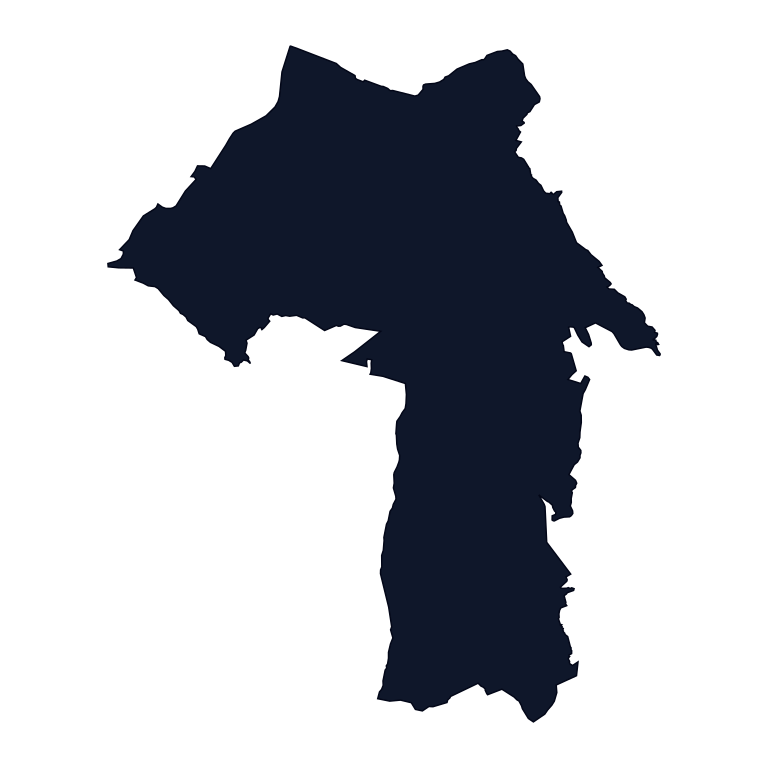 Moraresti, Arges, Romania
{"feature_id": "2599482B44470613349650", "entity_name": "Moraresti", "entity_type": "district", "adm_level": 2, "iso_a3": "ROU", "parent_name": "Romania", "parent_adm1": "Arges", "projection": "equal_earth", "projection_center": [24.544, 44.995], "detail": "fine", "context": "isolated", "style": "filled", "palette": "ink", "viewbox_px": 768, "rotation_deg": 0, "n_neighbors": 0, "source": "geoboundaries", "source_scale": "gbopen_adm2", "svg_char_len": 6068}
<svg xmlns="http://www.w3.org/2000/svg" viewBox="0 0 768 768"><path d="M578.0,661.9L572.6,665.5L570.0,663.9L569.4,662.7L569.6,661.4L568.4,659.2L568.4,658.0L569.6,656.5L568.8,656.0L568.9,655.1L571.6,653.6L571.7,650.7L570.9,649.4L571.1,647.9L570.3,646.7L567.7,636.6L564.8,634.3L564.8,633.3L563.3,631.9L563.4,631.0L562.7,630.3L563.3,628.6L561.8,627.5L562.1,626.6L560.7,625.5L561.7,624.8L560.2,624.2L558.4,618.7L559.1,617.5L558.9,613.9L559.6,610.3L560.8,607.9L566.7,605.6L565.5,603.8L565.9,602.4L564.2,596.0L564.5,595.4L566.4,594.0L567.3,592.7L573.6,590.4L574.1,588.7L571.7,587.8L570.2,588.5L568.2,587.6L567.1,588.2L562.1,588.4L560.7,587.8L560.4,587.1L566.8,581.2L567.2,579.8L566.0,576.9L570.7,574.1L546.7,542.3L545.0,506.6L544.2,504.3L538.7,494.8L547.5,501.5L548.7,501.9L552.4,505.2L552.8,507.5L554.5,510.9L555.9,512.2L555.6,514.4L552.2,515.8L552.1,520.0L553.3,520.8L554.4,520.9L559.4,518.3L564.0,517.1L569.6,516.8L571.3,515.6L572.8,513.5L572.6,510.9L570.3,506.0L571.3,502.4L571.2,498.5L572.3,492.7L571.5,491.1L572.2,489.8L575.3,487.6L575.6,486.8L575.3,486.0L576.7,483.2L575.5,480.3L568.9,474.6L574.2,464.7L577.5,462.0L580.0,457.8L580.0,455.3L580.9,452.9L580.8,450.4L578.3,447.1L578.0,443.1L579.8,437.7L580.0,432.0L581.3,422.5L581.2,415.2L579.9,411.0L583.1,393.6L585.3,389.7L589.6,379.5L587.9,377.3L584.9,376.0L580.7,383.5L567.9,379.5L572.0,374.6L576.2,370.8L571.3,353.8L570.6,353.0L564.1,351.7L563.3,345.3L562.7,344.7L562.1,341.8L570.6,336.3L568.6,327.3L570.1,326.8L573.3,327.1L574.3,327.7L577.8,335.1L582.0,341.9L589.0,346.7L591.3,344.8L591.2,343.0L588.6,334.6L585.2,327.7L595.5,322.9L612.1,331.6L613.9,333.6L620.4,344.7L621.8,346.5L624.4,348.4L628.8,349.8L631.7,350.0L646.1,347.1L648.3,347.3L650.8,348.0L652.3,349.0L656.7,355.0L659.5,355.5L660.1,354.8L660.1,353.8L657.5,350.2L655.7,344.3L656.3,343.3L657.5,344.6L658.6,344.4L657.7,342.7L656.2,342.0L655.8,340.2L653.2,339.9L653.2,339.2L654.3,338.9L656.8,336.4L657.5,334.3L657.4,333.2L654.6,332.4L655.0,330.3L652.1,327.0L647.7,326.2L644.4,322.7L645.1,318.0L643.9,314.7L642.0,311.7L637.6,308.0L634.2,306.6L632.0,304.7L630.8,304.5L629.2,303.2L627.2,303.0L625.6,300.7L626.2,299.2L624.8,296.8L617.9,292.9L614.3,289.3L609.0,289.0L607.0,287.0L609.6,285.6L611.1,283.9L610.3,282.5L604.7,277.8L604.2,275.7L602.5,273.2L602.2,271.4L597.9,267.4L602.0,265.4L599.1,261.4L591.0,254.7L587.8,250.5L585.7,249.6L576.5,242.7L572.3,232.1L566.6,222.3L566.2,219.9L564.7,215.8L563.2,213.4L561.0,206.0L559.7,205.0L559.4,202.0L558.2,201.7L557.8,197.7L561.7,192.4L561.6,191.2L556.7,191.7L553.4,194.4L551.7,193.5L552.0,193.1L551.1,192.3L549.8,193.7L545.7,193.2L543.6,190.9L540.9,185.3L538.5,183.4L536.1,180.1L533.0,178.3L531.3,176.2L531.5,175.0L530.8,174.8L529.8,168.6L528.8,167.8L528.1,166.2L527.2,165.8L527.3,165.1L523.7,159.3L521.5,157.9L518.3,157.3L514.6,151.8L516.1,150.5L516.4,148.4L521.3,141.9L515.9,140.4L520.5,132.0L518.8,130.5L518.4,129.2L516.8,127.2L516.6,126.0L520.9,125.5L524.2,123.1L524.1,122.4L522.1,121.1L523.0,118.2L526.9,114.4L527.3,112.9L529.9,111.6L534.4,104.6L539.3,101.9L540.0,98.8L539.6,96.6L531.1,84.4L528.0,81.8L525.8,78.9L524.6,75.9L522.8,64.0L517.9,59.0L515.6,55.7L513.0,54.2L512.2,54.5L512.2,53.5L510.1,51.1L507.3,49.8L501.9,51.1L497.3,51.5L487.0,55.4L484.5,59.1L483.6,59.7L481.7,59.7L475.2,62.5L469.2,63.9L457.0,69.1L448.7,75.8L445.1,77.1L443.8,79.4L439.6,82.0L434.8,83.4L425.6,84.1L423.6,84.9L423.0,86.2L423.0,89.4L418.2,95.1L414.9,96.1L392.7,90.5L390.7,90.7L389.7,90.3L387.8,88.5L383.3,86.5L381.2,86.3L364.7,80.2L363.2,81.8L357.1,79.5L355.5,78.4L355.0,75.6L340.6,67.4L336.3,63.5L297.8,48.7L290.6,46.1L290.1,46.3L282.0,71.9L279.5,96.5L278.1,101.5L275.0,107.0L266.1,115.8L251.2,124.2L235.1,131.2L233.1,133.2L229.5,138.7L225.8,145.2L210.7,168.6L204.7,166.0L197.5,165.9L194.9,171.4L191.1,176.6L194.2,176.9L196.1,179.4L185.4,191.0L176.1,205.9L173.0,207.8L170.7,208.4L165.8,208.4L162.4,207.2L157.9,204.0L156.4,207.3L154.8,208.8L143.4,215.9L133.0,230.6L129.2,239.6L119.6,249.7L123.4,251.0L123.3,254.2L121.0,258.6L116.8,261.0L107.9,263.5L108.2,266.8L118.7,267.8L133.3,268.0L136.5,277.6L135.0,280.0L143.2,283.1L148.2,285.8L155.0,286.6L158.2,288.6L163.9,295.5L168.5,299.5L173.4,305.7L179.0,310.6L180.5,313.3L183.1,314.5L186.0,317.0L187.8,320.5L196.2,326.6L197.7,329.1L199.2,333.8L205.5,336.6L207.2,339.5L210.4,342.3L219.0,346.4L225.5,351.3L225.8,355.5L224.8,357.7L225.0,359.3L228.7,360.3L232.1,362.4L234.4,366.3L238.3,365.9L239.5,362.9L241.3,362.2L243.5,360.0L247.4,360.9L250.4,363.5L249.5,361.3L248.7,360.6L248.3,359.5L248.7,358.0L248.1,356.6L245.1,353.3L244.9,352.3L245.7,350.3L247.0,343.2L246.0,340.2L254.1,335.0L257.7,328.7L259.9,327.4L261.6,327.9L261.4,328.8L261.9,329.6L264.3,327.5L269.7,321.2L268.0,319.2L268.3,317.7L270.7,313.8L273.2,315.0L277.2,314.0L281.8,316.4L285.7,315.5L289.6,316.2L296.6,315.3L302.7,317.9L304.9,317.8L324.6,330.5L336.4,325.4L338.3,326.2L340.4,326.1L343.9,324.2L346.3,324.4L355.2,327.5L380.7,331.3L354.5,351.9L341.8,360.6L367.0,366.6L366.5,361.6L367.2,359.0L371.7,359.7L371.2,363.1L371.4,368.6L370.8,372.8L370.1,374.2L383.0,376.3L405.4,383.5L406.4,394.6L406.0,403.6L405.2,408.5L402.1,412.8L400.2,416.5L396.9,421.2L396.6,423.9L395.9,433.7L396.4,435.2L396.8,444.0L397.6,449.1L399.7,455.4L399.4,460.0L398.8,462.3L397.0,467.1L394.3,472.4L393.8,474.7L394.2,483.2L393.4,487.9L395.8,496.2L396.0,499.2L393.3,504.3L392.4,508.1L390.1,511.3L388.2,520.9L386.5,524.2L383.9,537.4L384.1,540.4L383.3,550.4L381.7,555.4L381.8,567.0L380.6,569.9L380.5,573.7L388.7,607.2L391.7,626.8L390.6,629.8L392.9,637.9L390.5,643.9L388.5,652.3L388.5,658.2L387.6,663.9L386.3,665.9L386.7,668.1L385.2,670.0L383.0,680.9L383.2,685.3L381.6,689.4L379.5,691.9L377.7,698.7L389.7,701.1L400.5,700.1L411.3,702.7L415.4,709.4L422.4,710.9L428.9,706.5L433.0,706.7L447.0,702.5L447.7,699.9L449.8,698.0L450.6,696.4L478.1,683.2L480.9,686.0L483.3,687.2L485.2,688.9L485.2,690.2L486.8,693.7L487.6,694.7L501.9,689.2L514.1,697.0L516.9,699.8L519.0,701.0L521.5,705.7L522.4,708.7L528.4,718.5L533.4,721.9L544.8,714.1L547.7,709.9L551.8,705.2L554.3,701.2L556.8,692.6L556.2,685.0L576.5,675.7L578.0,661.9Z" fill="#0f172a" stroke="#020617" stroke-width="1.5"/></svg>